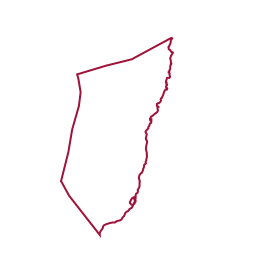 the district of Al-Tur, Janub Sina', Egypt, rotated 236°
{"feature_id": "37247803B51826009871737", "entity_name": "Al-Tur", "entity_type": "district", "adm_level": 2, "iso_a3": "EGY", "parent_name": "Egypt", "parent_adm1": "Janub Sina'", "projection": "orthographic", "projection_center": [33.545, 28.362], "detail": "fine", "context": "isolated", "style": "outline", "palette": "rose", "viewbox_px": 256, "rotation_deg": 236, "n_neighbors": 0, "source": "geoboundaries", "source_scale": "gbopen_adm2", "svg_char_len": 3006}
<svg xmlns="http://www.w3.org/2000/svg" viewBox="0 0 256 256"><g transform="rotate(236 128 128)"><path d="M55.1,44.8L56.6,45.7L57.7,47.3L58.1,48.4L58.5,49.4L59.0,51.0L60.2,52.1L60.8,53.8L60.5,55.7L60.0,57.5L59.5,59.4L58.2,62.5L57.4,63.7L57.0,64.2L57.1,66.5L56.5,68.2L55.9,69.8L55.7,71.2L56.7,73.2L57.4,76.0L58.9,77.8L59.4,79.8L59.1,81.3L59.4,82.6L60.0,84.0L59.7,86.3L60.4,87.8L61.3,89.1L61.5,89.9L61.8,91.1L62.5,92.4L63.0,93.4L64.0,93.7L64.8,93.6L64.6,93.3L64.1,92.9L63.4,92.8L63.1,92.5L62.8,92.1L62.6,91.4L62.4,90.8L61.5,89.9L61.6,89.0L62.0,88.5L62.3,88.3L62.6,88.0L63.7,87.7L64.7,87.7L65.5,88.1L66.1,89.3L66.9,90.6L67.5,91.9L67.4,93.9L67.2,94.7L66.5,95.0L66.0,95.0L65.7,94.9L65.4,94.8L65.5,94.6L65.5,94.4L65.8,94.2L66.4,93.7L66.1,93.4L65.5,93.7L65.1,94.3L65.1,94.7L65.4,94.9L66.8,96.0L68.0,96.7L69.0,98.0L68.9,99.5L69.8,100.7L71.4,101.6L72.2,103.7L73.2,104.9L74.1,105.5L74.8,106.1L76.1,106.9L76.6,107.6L77.1,107.6L77.9,108.3L79.4,108.6L80.2,108.9L81.4,109.9L82.4,111.0L83.1,112.7L83.1,114.4L84.7,116.9L85.8,117.9L86.2,118.7L87.2,119.9L87.9,120.3L88.5,121.0L88.6,122.1L88.6,123.0L89.4,123.3L90.2,123.8L91.1,125.2L92.0,125.9L93.1,127.2L94.3,128.1L95.3,128.7L96.8,129.6L98.1,130.2L98.9,130.4L101.0,131.4L103.4,133.6L105.7,136.0L106.9,136.6L108.4,136.5L109.6,137.1L111.5,139.2L112.4,140.1L114.2,140.2L115.1,140.4L115.8,142.0L116.3,144.6L117.4,145.4L118.0,147.1L119.2,148.2L119.5,149.2L119.4,149.3L119.3,149.5L119.4,150.1L119.9,150.7L121.1,151.5L121.9,152.1L122.0,151.8L121.5,151.4L121.0,151.1L121.5,150.7L122.1,150.8L123.0,151.1L123.4,151.4L123.5,152.3L124.1,152.7L124.5,153.6L124.4,155.4L124.9,159.1L124.7,160.0L125.0,161.3L125.9,162.8L127.3,163.2L128.3,163.8L128.5,164.6L128.4,165.0L128.9,165.0L129.2,164.5L129.6,164.3L130.4,164.5L131.8,165.4L131.9,166.4L131.3,167.4L131.6,169.5L132.2,170.6L133.5,171.1L134.0,171.8L134.1,173.1L134.9,174.1L135.6,175.5L137.1,177.3L138.3,179.0L138.9,180.5L138.5,181.3L138.1,181.6L138.2,181.8L138.5,181.8L138.9,182.7L139.5,182.6L140.2,182.3L140.9,182.5L141.8,183.7L141.6,184.0L142.0,184.5L142.2,184.2L142.9,184.3L143.3,184.9L144.0,185.3L144.2,185.1L144.6,184.9L145.3,185.6L145.9,186.1L147.0,187.6L147.7,188.4L147.3,189.2L146.9,189.7L146.4,190.3L146.7,191.1L147.2,191.6L148.0,191.9L148.3,192.1L149.1,192.2L149.6,192.6L150.1,193.1L151.2,192.7L151.7,192.9L151.7,193.5L151.9,194.1L152.7,194.5L152.9,195.3L153.5,196.2L154.3,196.6L155.1,197.2L155.9,197.9L156.3,198.3L156.6,199.3L157.2,199.3L157.5,200.2L157.9,200.1L158.3,200.3L159.3,200.7L160.0,201.2L162.2,202.0L163.1,203.2L164.0,204.3L164.2,205.2L164.6,205.8L164.9,206.6L165.5,207.4L166.3,206.9L166.6,206.5L167.8,206.4L168.7,206.7L169.5,206.3L170.1,205.9L170.8,205.9L171.6,206.6L172.3,206.7L172.8,207.2L172.8,208.0L173.3,208.6L174.0,209.6L174.8,211.0L176.6,212.4L177.4,214.1L177.5,214.7L177.9,214.7L178.1,214.4L178.3,214.3L178.5,214.2L182.9,169.4L191.9,144.8L200.9,115.8L196.8,114.5L184.1,108.7L173.6,99.5L158.0,80.9L141.4,65.1L121.2,42.6L120.9,42.8L104.7,41.3L55.1,44.8Z" fill="none" stroke="#9f1239" stroke-width="2"/></g></svg>